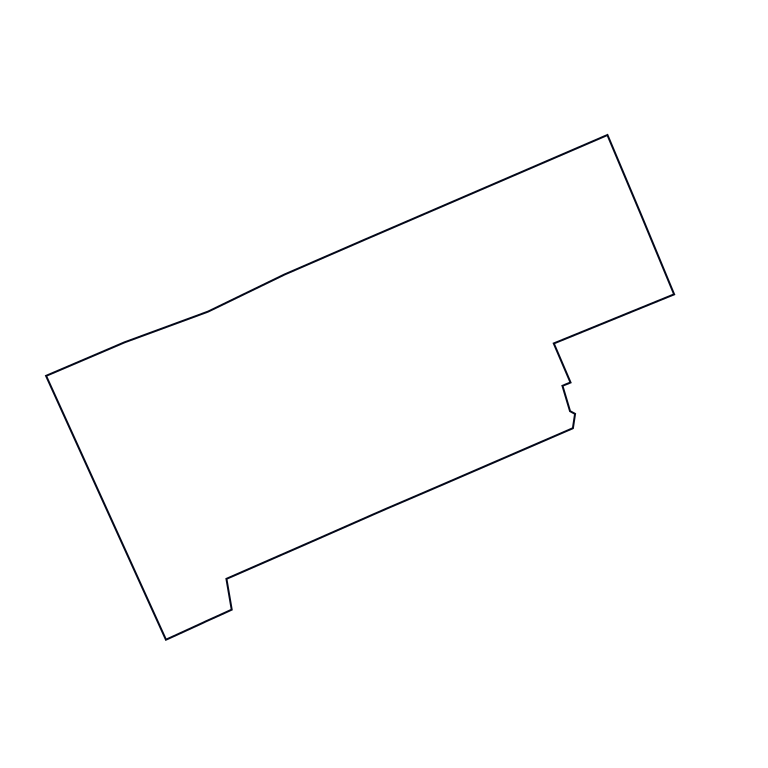 outline of Craighead, Arkansas, United States of America, rotated 156°
{"feature_id": "52423323B20567432013188", "entity_name": "Craighead", "entity_type": "district", "adm_level": 2, "iso_a3": "USA", "parent_name": "United States of America", "parent_adm1": "Arkansas", "projection": "robinson", "projection_center": [-90.631, 35.848], "detail": "fine", "context": "isolated", "style": "outline", "palette": "ink", "viewbox_px": 768, "rotation_deg": 156, "n_neighbors": 0, "source": "geoboundaries", "source_scale": "gbopen_adm2", "svg_char_len": 486}
<svg xmlns="http://www.w3.org/2000/svg" viewBox="0 0 768 768"><g transform="rotate(156 384 384)"><path d="M78.6,520.6L342.0,523.7L430.5,524.5L515.3,521.7L603.9,527.6L689.4,528.9L687.2,239.1L684.4,239.1L646.2,239.5L643.6,239.6L622.4,239.7L614.9,239.8L607.2,270.1L547.9,269.7L518.9,269.5L446.1,269.2L431.9,269.1L380.8,268.4L229.4,266.8L221.6,279.0L225.1,283.5L221.7,309.8L213.0,309.5L212.4,352.0L82.5,347.9L80.3,434.4L78.6,520.6Z" fill="none" stroke="#020617" stroke-width="2"/></g></svg>